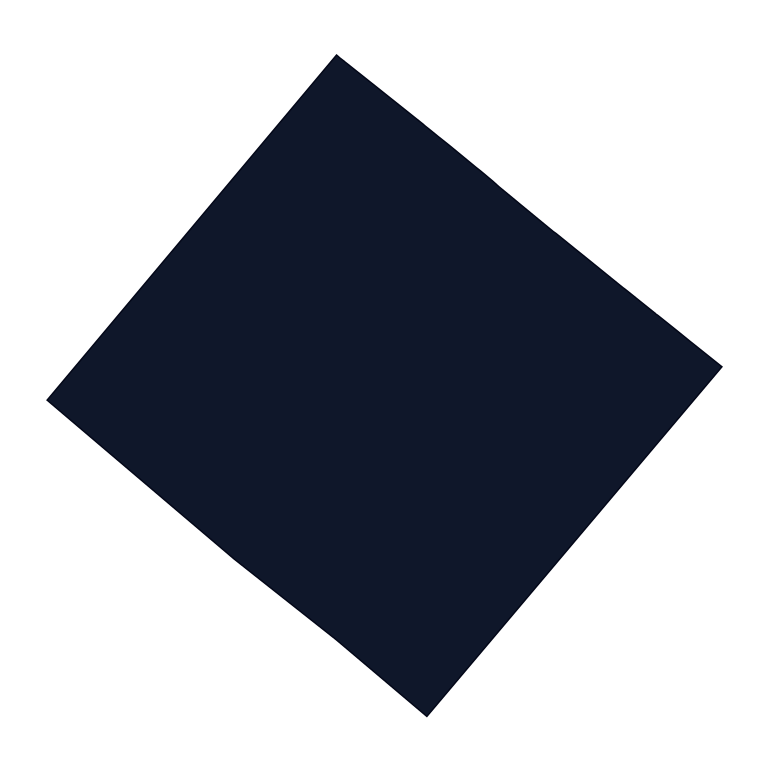 Decatur, Iowa, United States of America, rotated 220°
{"feature_id": "52423323B8791661398177", "entity_name": "Decatur", "entity_type": "district", "adm_level": 2, "iso_a3": "USA", "parent_name": "United States of America", "parent_adm1": "Iowa", "projection": "equal_earth", "projection_center": [-93.771, 40.737], "detail": "fine", "context": "isolated", "style": "filled", "palette": "ink", "viewbox_px": 768, "rotation_deg": 220, "n_neighbors": 0, "source": "geoboundaries", "source_scale": "gbopen_adm2", "svg_char_len": 663}
<svg xmlns="http://www.w3.org/2000/svg" viewBox="0 0 768 768"><g transform="rotate(220 384 384)"><path d="M631.7,155.1L386.0,153.6L256.0,157.4L137.5,156.9L136.2,614.4L178.1,613.4L192.0,613.2L218.0,612.6L219.3,612.5L220.9,612.3L221.8,612.5L222.5,612.4L245.9,611.9L260.1,611.6L261.8,611.5L262.8,611.4L311.1,610.6L324.9,610.3L348.9,609.9L352.4,609.6L396.8,609.2L401.3,609.2L422.9,609.0L430.9,609.3L436.9,609.3L446.5,609.3L452.9,609.1L487.6,608.8L501.9,608.4L510.8,608.3L518.3,608.1L521.2,608.2L524.5,608.1L588.1,606.5L621.7,605.6L622.2,605.7L622.8,605.6L627.6,605.4L629.6,605.5L631.8,605.5L631.7,155.1Z" fill="#0f172a" stroke="#020617" stroke-width="1.5"/></g></svg>